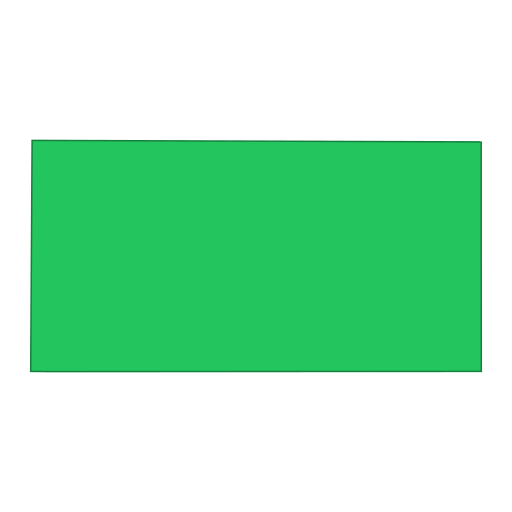 Logan, North Dakota, United States of America (Equal Earth projection)
{"feature_id": "52423323B86928550468841", "entity_name": "Logan", "entity_type": "district", "adm_level": 2, "iso_a3": "USA", "parent_name": "United States of America", "parent_adm1": "North Dakota", "projection": "equal_earth", "projection_center": [-99.372, 46.458], "detail": "fine", "context": "isolated", "style": "filled", "palette": "green", "viewbox_px": 512, "rotation_deg": 0, "n_neighbors": 0, "source": "geoboundaries", "source_scale": "gbopen_adm2", "svg_char_len": 237}
<svg xmlns="http://www.w3.org/2000/svg" viewBox="0 0 512 512"><path d="M481.2,142.2L479.3,141.9L270.1,141.2L32.1,140.4L30.7,371.4L50.4,371.6L481.3,371.4L481.2,256.2L481.2,142.2Z" fill="#22c55e" stroke="#15803d" stroke-width="1.5"/></svg>